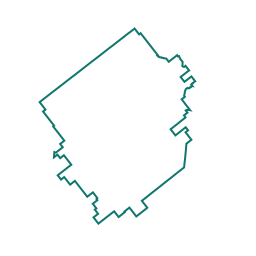 the district of Barkly, Northern Territory, Australia, rotated 232°
{"feature_id": "25037944B87984246529450", "entity_name": "Barkly", "entity_type": "district", "adm_level": 2, "iso_a3": "AUS", "parent_name": "Australia", "parent_adm1": "Northern Territory", "projection": "natural_earth1", "projection_center": [135.185, -19.542], "detail": "fine", "context": "isolated", "style": "outline", "palette": "teal", "viewbox_px": 256, "rotation_deg": 232, "n_neighbors": 0, "source": "geoboundaries", "source_scale": "gbopen_adm2", "svg_char_len": 3314}
<svg xmlns="http://www.w3.org/2000/svg" viewBox="0 0 256 256"><g transform="rotate(232 128 128)"><path d="M202.4,173.9L202.4,167.3L202.4,166.1L202.5,162.7L202.5,161.4L202.5,160.0L202.5,157.1L202.5,155.9L202.5,149.8L202.5,146.9L202.6,139.4L202.6,137.7L202.6,131.7L202.6,125.6L202.6,121.0L202.6,119.6L202.6,119.1L202.6,118.6L202.6,117.7L202.7,115.5L202.7,114.6L202.7,112.0L202.7,111.5L202.7,107.4L202.7,104.0L202.7,103.2L202.7,102.2L202.8,90.1L202.8,87.2L202.8,85.1L202.8,79.2L202.8,74.3L200.6,74.3L195.3,74.3L193.3,74.3L193.3,73.8L193.3,71.2L189.5,71.2L182.2,71.2L179.0,71.2L175.3,71.2L175.3,70.0L168.0,70.0L160.8,70.0L157.2,70.0L157.2,67.0L157.2,64.7L153.0,64.7L153.0,60.7L153.0,56.5L153.0,56.0L154.4,55.1L150.5,51.6L150.5,56.0L150.0,56.0L148.9,56.0L148.5,56.0L146.0,56.0L146.0,60.7L141.7,60.7L136.5,60.7L134.0,60.7L134.0,59.5L134.0,57.2L134.0,52.1L134.0,43.9L134.0,43.5L131.9,43.5L128.6,43.5L128.6,47.5L121.4,47.5L119.0,47.5L119.0,53.6L113.4,53.6L106.2,53.6L105.7,53.6L98.9,53.6L98.9,59.5L98.9,60.7L95.8,60.7L94.7,60.7L94.4,60.7L91.8,60.7L91.7,59.9L91.1,59.8L91.1,59.4L90.0,59.4L90.0,57.8L90.0,53.6L89.2,53.6L84.1,53.6L84.1,51.6L81.4,51.6L80.7,51.6L78.8,51.6L78.8,50.7L78.8,45.8L73.7,45.8L71.5,45.8L70.9,45.8L70.9,50.1L70.9,50.6L70.9,58.3L70.9,65.8L70.7,65.8L63.6,65.8L63.7,73.9L64.4,73.9L64.4,80.1L57.1,80.1L53.2,80.1L53.2,82.1L53.2,90.3L53.3,94.1L54.8,94.1L62.1,94.1L62.1,98.4L62.2,106.6L62.2,114.8L62.2,115.4L62.3,123.0L62.3,131.2L62.4,139.4L62.4,140.7L62.4,147.9L66.2,151.6L68.4,153.8L74.0,159.1L79.7,164.4L79.7,168.7L79.7,170.7L87.1,170.7L89.2,170.7L89.2,173.9L93.1,173.9L93.0,169.0L93.0,165.5L93.0,160.8L100.4,160.8L100.8,160.8L100.8,166.3L100.8,168.4L100.9,174.6L100.9,179.8L101.9,179.9L103.5,179.9L103.5,184.3L103.8,184.3L104.5,184.3L106.3,184.3L106.1,185.1L105.8,185.7L105.4,186.2L105.3,186.6L105.2,186.8L104.9,186.9L104.4,187.6L104.0,187.9L111.4,187.9L113.7,188.0L113.9,188.0L115.6,187.9L117.6,188.0L117.5,192.0L118.8,192.0L121.1,194.8L121.5,194.9L123.1,197.6L122.9,199.7L122.4,199.8L122.1,200.2L121.6,200.6L121.7,201.3L121.7,201.5L121.5,202.5L121.8,202.6L122.0,202.7L121.9,202.9L121.8,203.2L121.7,203.7L121.6,203.9L121.5,204.4L121.3,204.6L122.9,204.6L123.3,204.6L123.3,206.2L123.6,206.2L123.6,207.0L123.5,207.5L123.5,207.9L123.5,208.1L123.5,208.4L123.5,208.6L123.5,208.8L123.5,209.0L123.6,209.3L123.5,209.7L128.0,209.7L129.6,209.7L129.6,209.2L129.6,200.9L135.2,200.9L135.8,200.9L135.8,206.2L135.8,208.1L135.8,209.1L135.7,211.6L138.1,211.6L141.6,211.6L141.6,210.5L141.6,209.7L143.2,208.9L146.4,211.7L147.7,211.7L150.2,211.7L152.4,212.2L153.2,212.5L153.7,211.4L155.1,211.6L155.1,203.5L155.1,200.9L159.1,200.9L159.4,200.7L159.6,200.5L159.7,200.4L160.0,200.1L160.5,199.6L160.8,199.4L161.0,199.1L161.3,198.9L161.5,198.8L161.5,198.7L161.8,198.5L161.9,198.4L162.2,198.1L162.3,198.1L162.5,198.0L162.8,198.0L162.9,197.9L163.0,197.9L163.2,197.7L163.4,197.3L163.6,197.1L163.9,196.9L164.0,196.8L164.2,196.6L164.3,196.5L165.0,196.0L165.3,196.2L165.5,196.2L165.7,195.9L166.1,195.8L166.4,195.8L166.7,195.8L166.8,195.8L167.1,195.7L167.1,195.8L167.1,196.3L172.1,196.3L179.4,196.3L183.8,196.3L186.8,196.3L194.9,196.3L194.9,194.4L202.3,194.4L202.3,193.8L202.3,193.1L202.3,192.7L202.3,191.9L202.3,190.3L202.3,189.9L202.3,188.3L202.4,187.5L202.4,182.2L202.4,173.9Z" fill="none" stroke="#0f766e" stroke-width="2"/></g></svg>